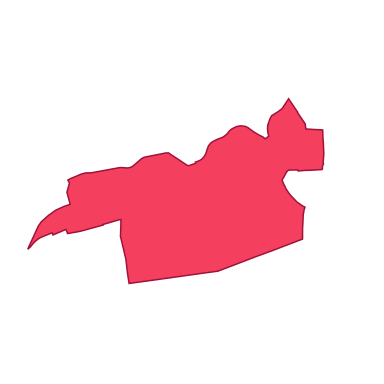 Mina Al-Basal, Al Iskandariyah, Egypt (Mercator projection), rotated 28°
{"feature_id": "37247803B6072823038125", "entity_name": "Mina Al-Basal", "entity_type": "district", "adm_level": 2, "iso_a3": "EGY", "parent_name": "Egypt", "parent_adm1": "Al Iskandariyah", "projection": "mercator", "projection_center": [29.876, 31.167], "detail": "fine", "context": "isolated", "style": "filled", "palette": "rose", "viewbox_px": 384, "rotation_deg": 28, "n_neighbors": 0, "source": "geoboundaries", "source_scale": "gbopen_adm2", "svg_char_len": 2437}
<svg xmlns="http://www.w3.org/2000/svg" viewBox="0 0 384 384"><g transform="rotate(28 192 192)"><path d="M233.5,64.3L232.4,76.1L230.0,81.2L226.5,87.2L226.5,91.0L227.5,97.4L228.8,100.4L230.4,103.0L232.3,105.4L233.6,106.7L232.8,108.4L231.6,110.7L228.7,110.1L224.1,110.2L218.2,109.9L211.0,108.9L209.8,109.0L209.6,109.0L209.4,108.9L208.7,109.0L207.4,109.3L204.4,110.5L202.5,111.7L200.5,113.5L198.7,115.9L197.2,118.3L196.3,120.6L195.9,123.4L195.2,125.6L194.4,127.4L193.4,129.2L192.4,130.5L191.3,131.6L189.7,133.5L187.8,136.0L186.6,138.0L186.2,138.6L185.9,139.1L185.2,141.5L184.9,143.6L185.3,146.9L186.1,151.0L186.2,153.9L185.6,157.3L185.1,158.7L183.9,160.7L181.9,163.0L180.9,164.0L181.3,164.5L181.7,164.9L180.4,166.4L177.9,169.1L176.4,170.5L175.1,170.7L164.2,169.6L154.2,168.7L153.2,168.4L150.4,169.9L147.3,172.5L138.2,179.9L133.8,183.5L132.9,184.5L131.6,186.7L129.1,193.2L127.7,196.7L126.8,198.4L124.6,200.5L123.1,201.4L118.5,203.4L116.7,204.4L94.1,222.3L89.1,225.1L85.6,228.4L78.0,237.8L76.9,239.6L76.8,239.8L78.5,240.9L79.6,241.6L80.2,244.3L81.7,251.0L84.6,254.1L89.5,259.3L89.8,259.6L90.2,260.1L85.8,264.8L83.7,267.5L80.1,272.2L76.3,279.9L72.9,289.1L72.3,294.4L73.6,316.4L73.8,319.7L75.1,316.3L75.7,313.2L76.4,310.1L77.1,308.5L78.0,306.2L79.1,304.2L80.7,302.0L84.2,297.8L87.6,293.8L88.9,294.7L89.1,294.9L89.4,295.2L97.4,285.3L97.8,284.8L98.3,284.2L101.6,287.1L108.0,282.2L112.3,278.7L129.0,262.9L128.8,262.7L128.6,262.5L133.3,258.0L134.7,256.6L140.6,250.8L142.2,249.7L145.7,256.6L149.6,264.7L165.1,282.3L173.1,293.9L179.4,302.3L225.1,269.2L242.5,256.6L252.0,249.8L277.6,220.4L291.9,204.4L292.2,204.1L292.5,203.7L311.7,181.7L310.6,179.5L309.8,178.1L309.7,178.0L309.7,177.9L306.3,171.4L304.7,167.8L301.1,160.3L299.4,155.3L298.9,152.4L298.6,152.3L298.3,152.3L296.7,152.4L289.5,151.6L283.7,149.7L279.9,148.4L277.3,147.1L273.8,145.2L269.5,142.1L265.9,139.2L266.0,137.7L266.1,135.3L266.1,130.0L266.8,127.8L266.8,127.6L266.9,127.4L270.8,125.2L275.2,122.8L275.6,123.2L275.7,123.3L276.0,123.6L277.7,122.4L282.1,119.6L284.4,118.3L287.5,116.5L287.7,116.4L295.7,111.5L296.4,111.0L296.1,109.9L295.1,108.1L295.0,105.6L294.2,104.7L294.0,104.3L293.7,103.9L292.8,101.7L292.4,100.7L292.1,100.1L291.8,99.5L290.7,96.8L286.1,89.0L285.2,87.4L281.9,82.2L280.3,79.4L278.2,75.8L269.3,80.0L263.3,82.7L263.1,82.8L262.9,82.9L261.1,80.3L260.1,78.8L259.8,78.7L259.6,78.5L247.7,72.2L247.8,71.9L233.5,64.3Z" fill="#f43f5e" stroke="#9f1239" stroke-width="1.5"/></g></svg>